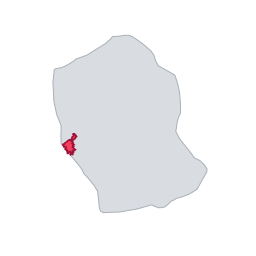 location of Tsuili-Tsuili, Leribe, Lesotho, rotated 289°
{"feature_id": "5366337B67330505907526", "entity_name": "Tsuili-Tsuili", "entity_type": "district", "adm_level": 2, "iso_a3": "LSO", "parent_name": "Lesotho", "parent_adm1": "Leribe", "projection": "albers", "projection_center": [27.748, -29.04], "detail": "fine", "context": "in_parent", "style": "filled", "palette": "rose", "viewbox_px": 256, "rotation_deg": 289, "n_neighbors": 0, "source": "geoboundaries", "source_scale": "gbopen_adm2", "svg_char_len": 4698}
<svg xmlns="http://www.w3.org/2000/svg" viewBox="0 0 256 256"><g transform="rotate(289 128 128)"><path d="M166.1,170.5L159.4,172.6L158.5,172.7L154.2,172.2L148.4,172.7L143.9,173.8L140.4,174.2L134.6,180.3L124.1,196.8L121.4,200.3L120.6,206.7L118.2,211.9L115.2,215.9L112.3,216.8L103.7,215.2L92.6,213.2L86.2,208.2L80.5,201.6L77.4,196.9L74.3,194.3L73.2,192.8L68.7,190.6L67.0,189.5L65.5,188.7L63.6,185.5L62.5,182.8L62.9,175.1L59.7,170.6L54.3,162.8L50.8,156.4L46.0,147.7L43.1,140.2L40.0,132.5L40.4,129.2L43.2,126.9L51.7,123.0L58.2,119.9L62.8,114.4L67.9,106.2L70.4,101.2L72.9,98.9L75.6,95.4L80.4,87.7L85.6,79.1L91.3,69.9L98.5,67.2L108.3,64.1L117.7,56.1L129.0,49.3L147.1,42.0L155.6,40.2L158.8,39.2L160.8,40.6L163.0,44.8L166.0,48.4L173.1,54.6L176.1,56.1L183.4,65.3L191.2,71.6L200.2,78.9L206.3,82.5L209.5,83.6L212.0,90.0L214.6,94.7L216.0,99.2L215.6,103.5L212.6,114.0L208.3,124.7L204.9,129.2L200.8,132.0L196.8,136.2L195.2,144.8L193.3,155.0L188.1,159.1L184.0,161.8L178.5,165.1L166.1,170.5Z" fill="#d9dde1" stroke="#a8b0b8" stroke-width="1"/><path d="M89.5,85.1L89.8,84.9L89.8,85.0L90.0,85.2L89.9,85.0L90.0,85.0L90.2,84.8L90.3,84.9L90.4,85.0L90.4,84.8L90.5,84.8L90.6,84.6L90.4,84.6L90.5,84.2L90.6,84.3L90.7,83.7L90.8,83.6L91.0,83.4L91.1,83.7L91.1,83.4L91.1,83.2L91.3,83.2L91.5,83.0L91.5,82.9L91.5,82.7L91.7,82.8L92.1,82.7L92.3,82.7L92.5,82.5L92.4,82.3L92.6,82.4L92.5,82.2L92.6,81.8L92.8,81.7L93.2,81.7L93.2,81.4L93.3,81.6L93.5,81.6L93.3,81.5L93.4,81.4L93.5,81.3L93.6,81.5L93.8,81.3L94.0,81.6L94.1,81.8L94.4,81.9L94.6,82.2L94.8,82.3L94.8,82.2L94.8,81.9L94.7,81.9L94.8,81.7L94.7,81.5L94.9,81.5L94.8,81.3L94.9,81.2L95.0,81.0L95.1,80.9L95.2,80.7L95.2,80.8L95.3,80.8L95.3,80.6L95.3,80.4L95.4,80.5L95.6,80.8L95.5,81.0L95.9,80.8L96.0,80.8L96.1,80.7L96.2,80.9L96.3,80.9L96.4,80.7L96.5,80.5L96.5,80.3L96.4,80.2L96.5,80.0L96.6,79.9L96.6,80.1L96.7,79.9L97.1,79.9L97.0,79.6L97.0,79.4L97.0,79.2L97.3,79.4L97.4,79.5L97.4,79.4L97.4,79.2L97.5,79.2L97.9,79.0L98.0,79.1L98.2,78.9L98.5,78.9L98.9,79.2L98.8,79.3L99.0,79.3L98.9,79.5L99.1,79.6L98.9,79.8L99.2,79.9L99.2,80.0L99.2,80.4L99.2,80.5L99.7,80.5L100.0,80.6L100.2,80.8L100.4,81.1L100.6,81.4L100.9,81.4L101.0,81.5L101.2,81.3L101.4,81.3L101.5,81.4L101.8,81.5L101.9,81.4L102.0,81.4L102.1,81.7L102.3,81.8L102.5,81.8L102.4,81.7L102.7,81.6L102.8,81.4L103.0,81.3L103.1,81.5L103.2,81.9L103.3,82.1L103.6,81.8L103.8,81.7L103.6,81.7L103.7,81.4L103.8,81.5L104.0,81.3L104.0,81.1L104.1,80.9L104.2,80.7L104.4,80.6L104.5,80.1L104.7,79.8L105.0,79.6L105.0,79.3L105.1,79.2L105.1,78.9L105.0,78.7L104.9,78.5L104.7,78.4L104.6,78.0L104.4,77.9L104.2,77.9L104.2,78.2L104.2,78.5L104.1,78.9L104.1,79.0L103.8,79.3L103.7,79.2L103.6,79.4L103.3,79.2L102.8,79.0L102.8,78.9L102.7,78.9L102.2,78.8L102.2,78.7L101.9,78.6L101.8,78.4L101.7,78.4L101.6,78.2L101.3,78.1L101.1,78.1L100.8,78.2L100.7,78.2L100.3,78.1L100.2,78.1L99.9,78.2L99.7,78.2L99.3,78.1L99.1,78.3L99.1,78.2L98.9,78.1L98.8,77.9L98.7,77.9L98.3,78.1L98.2,78.1L97.9,78.1L97.7,77.8L97.5,77.5L97.5,77.4L97.9,77.1L97.9,76.7L97.8,76.2L97.6,76.2L97.2,76.0L97.1,75.8L96.9,75.7L96.6,75.4L96.4,75.3L96.3,75.1L96.2,75.1L96.1,75.3L95.9,75.3L95.7,75.2L95.6,74.8L95.4,74.8L95.2,74.7L94.7,74.3L94.4,74.0L94.1,73.8L94.0,73.7L93.8,73.5L93.7,73.5L93.2,73.2L92.7,73.4L92.3,73.3L92.0,72.9L91.9,72.7L91.8,72.4L91.7,72.4L91.8,72.3L91.7,72.2L91.6,71.9L91.2,72.0L90.8,71.9L90.8,72.0L90.5,72.0L90.4,72.5L90.4,72.9L90.2,73.1L90.0,73.3L89.9,73.5L89.7,73.6L89.4,73.4L89.2,73.5L89.4,74.2L89.5,74.3L89.8,74.2L89.9,74.3L89.8,74.5L89.7,74.8L89.9,75.0L89.9,75.3L89.7,75.7L89.6,76.0L89.1,76.0L88.8,75.9L88.7,75.8L88.3,75.7L88.0,75.5L87.7,75.3L87.4,75.4L87.3,75.6L87.2,76.4L87.7,76.9L87.7,77.0L87.3,77.1L87.2,77.1L87.3,77.4L87.2,77.5L86.7,77.3L86.4,77.4L86.3,77.5L86.6,77.7L86.7,77.8L86.8,78.4L86.6,78.8L85.7,79.0L85.4,79.2L85.2,79.1L85.1,78.9L85.0,78.7L84.9,78.6L84.7,78.7L84.7,78.9L84.3,78.9L84.2,79.0L84.4,79.6L84.5,79.9L84.9,79.8L85.1,79.9L85.1,80.0L85.0,80.3L85.4,79.9L85.5,79.8L85.8,80.0L86.1,80.5L86.6,80.6L86.8,80.8L86.7,81.1L86.9,81.4L86.8,81.6L86.7,81.8L86.2,81.8L86.1,81.7L85.8,82.1L85.7,82.5L85.4,82.4L85.3,82.1L84.8,81.8L84.5,81.8L84.2,81.9L84.1,82.2L84.0,82.3L84.3,82.4L84.6,82.4L84.9,82.8L85.0,82.9L84.8,83.1L84.7,83.3L84.8,83.4L85.0,83.7L84.8,84.1L84.9,84.4L85.2,84.3L85.3,84.3L85.5,84.4L85.6,84.2L85.4,84.2L85.3,83.7L85.6,83.4L85.8,83.4L86.0,83.7L86.1,83.9L86.2,84.0L86.4,84.0L86.5,84.0L86.5,83.9L86.4,83.7L86.7,83.4L86.8,83.5L86.9,83.8L86.9,84.0L87.0,84.1L87.2,84.5L87.4,84.4L87.3,84.1L87.5,84.1L87.5,83.9L87.4,83.9L87.6,83.6L87.8,83.5L88.1,83.6L88.2,83.8L88.4,83.9L88.4,84.0L88.6,84.1L88.5,83.9L88.6,83.6L88.6,83.2L88.7,83.3L88.8,83.5L89.0,83.6L88.9,84.0L88.9,84.3L89.1,84.5L89.3,84.6L89.4,85.0L89.5,85.1Z" fill="#f43f5e" stroke="#9f1239" stroke-width="1.5"/></g></svg>